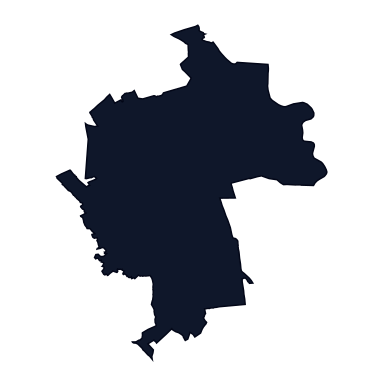 the district of Vanatori, Iasi, Romania, rotated 179°
{"feature_id": "2599482B62135446943489", "entity_name": "Vanatori", "entity_type": "district", "adm_level": 2, "iso_a3": "ROU", "parent_name": "Romania", "parent_adm1": "Iasi", "projection": "equal_earth", "projection_center": [26.772, 47.342], "detail": "fine", "context": "isolated", "style": "filled", "palette": "ink", "viewbox_px": 384, "rotation_deg": 179, "n_neighbors": 0, "source": "geoboundaries", "source_scale": "gbopen_adm2", "svg_char_len": 6011}
<svg xmlns="http://www.w3.org/2000/svg" viewBox="0 0 384 384"><g transform="rotate(179 192 192)"><path d="M297.3,262.3L297.0,259.3L294.8,246.6L298.4,207.4L297.4,207.2L293.5,208.1L292.6,208.0L290.2,209.1L289.3,209.2L287.2,207.2L288.2,206.4L291.7,204.9L294.6,203.9L295.8,203.2L294.2,200.5L295.6,200.1L297.5,199.0L304.9,205.6L307.1,208.2L307.5,209.4L308.8,210.0L308.9,210.3L308.8,210.7L309.5,211.1L310.9,212.6L312.9,215.4L313.3,215.5L313.6,216.0L322.3,212.3L327.2,209.8L326.8,209.1L326.6,208.1L321.4,203.0L321.3,202.5L321.6,202.0L321.3,201.6L319.8,200.7L319.5,200.3L319.5,200.0L315.6,195.8L315.6,195.7L313.4,194.7L312.2,193.5L310.5,190.8L309.7,190.5L308.8,189.2L308.0,188.7L307.4,187.6L304.5,185.1L303.8,183.5L302.9,183.4L301.7,182.8L301.5,181.0L303.3,179.9L303.6,179.5L303.5,179.0L301.7,176.8L300.6,176.5L300.1,175.8L300.0,174.2L299.4,173.4L298.5,172.8L300.9,171.4L303.8,170.1L303.7,169.6L303.1,169.2L301.7,168.3L300.9,165.3L300.8,163.9L299.6,160.7L298.1,158.7L297.5,157.3L294.4,157.1L292.9,154.9L289.9,152.0L292.8,151.3L292.8,150.8L291.9,148.5L290.5,147.5L287.8,148.0L287.3,146.2L287.9,144.9L287.2,144.6L286.9,142.6L286.5,141.8L286.6,141.1L285.9,139.3L286.1,138.2L287.1,137.4L287.7,137.2L287.9,136.6L287.2,136.8L284.9,137.2L282.8,138.1L281.0,137.6L278.9,135.0L278.9,134.7L279.5,133.4L280.6,133.4L280.4,132.7L280.5,132.1L278.5,131.8L280.6,129.7L282.1,129.0L282.8,129.1L283.8,129.0L285.0,129.4L286.9,131.4L289.2,131.1L290.6,128.2L289.4,126.8L288.6,127.3L287.2,127.5L285.6,125.0L283.9,125.3L284.1,123.7L281.7,122.9L281.5,122.4L281.5,122.0L282.3,120.4L282.8,119.5L283.1,119.3L281.6,118.7L281.3,118.3L281.3,117.1L282.4,115.4L283.4,114.4L281.7,111.3L280.5,110.6L279.4,111.5L278.1,110.5L278.0,110.1L277.5,110.2L275.2,112.3L273.2,113.7L272.7,114.4L268.5,112.9L268.2,113.1L267.6,114.2L268.2,115.2L267.8,116.3L266.5,115.9L265.0,116.1L264.0,115.7L263.3,115.8L263.4,115.5L263.0,115.0L261.1,114.1L262.2,112.3L262.5,111.6L262.4,111.1L261.7,110.7L260.9,111.5L258.5,109.6L258.7,109.2L258.4,108.7L257.4,108.6L256.7,107.7L255.0,107.5L254.1,108.3L253.7,106.5L251.6,107.3L250.7,106.4L247.0,109.8L245.4,108.8L243.3,109.1L242.9,108.7L241.0,109.0L239.8,108.8L235.3,109.2L233.7,106.6L233.1,104.8L232.3,100.6L232.7,97.7L232.6,95.8L232.8,94.9L232.6,94.3L232.3,94.2L232.4,93.5L232.6,93.0L232.5,91.7L232.8,90.3L232.6,88.7L233.2,84.7L233.7,83.6L234.5,80.3L232.7,77.0L231.7,74.6L231.8,74.0L232.0,73.7L231.5,70.0L230.4,67.8L231.2,65.4L231.1,62.2L230.2,60.0L230.1,59.0L231.5,58.2L238.2,55.4L244.0,52.1L244.1,51.8L244.0,49.6L244.5,46.7L246.5,45.0L247.8,44.7L250.6,43.1L254.2,43.1L254.0,42.7L252.7,42.0L251.3,42.0L249.7,41.4L248.8,40.9L244.6,36.7L243.6,34.8L242.4,33.9L239.0,30.0L237.1,28.5L234.7,25.4L234.9,26.7L235.0,28.6L233.9,31.8L233.4,34.8L238.8,40.9L232.7,44.6L232.3,44.0L230.8,42.8L230.1,41.6L220.3,50.3L214.6,55.7L214.3,55.0L212.8,53.9L210.7,52.6L207.8,51.6L204.8,49.6L203.4,48.2L202.9,46.4L201.8,45.3L201.7,45.1L202.0,44.7L201.3,43.7L198.8,45.0L196.4,51.7L193.4,49.6L191.7,47.0L185.9,50.8L184.3,54.6L183.0,56.8L181.2,59.0L180.9,59.6L180.3,59.9L180.1,60.7L179.7,61.4L181.3,63.2L182.9,66.1L182.1,66.9L181.4,69.2L180.6,70.1L181.5,75.0L180.4,75.0L178.1,75.4L176.8,75.2L175.1,75.8L172.6,75.7L171.6,76.2L170.2,76.2L166.8,76.8L140.8,78.7L141.2,84.1L141.9,88.9L142.1,92.3L143.4,101.4L143.4,104.3L142.8,104.4L141.8,105.0L140.0,105.0L138.5,103.2L137.9,101.8L137.5,101.2L136.6,100.6L136.2,99.7L132.8,99.9L134.3,102.4L136.3,104.9L141.2,109.6L143.1,111.1L144.1,112.4L144.5,114.8L144.8,119.2L145.6,125.0L146.1,131.3L146.5,133.4L146.8,133.4L146.7,135.0L147.0,137.0L146.8,137.9L147.0,139.0L147.1,142.1L147.5,142.9L148.7,144.2L149.4,144.7L151.7,145.2L152.4,146.7L153.0,148.8L154.3,155.7L154.8,157.2L156.8,163.3L158.5,167.4L160.5,173.6L162.2,178.0L163.0,181.0L164.4,185.4L148.8,185.3L151.0,192.6L151.7,195.8L152.5,198.4L152.8,199.8L152.6,200.1L152.3,200.3L133.9,204.8L133.7,204.3L133.3,204.4L126.4,206.2L121.9,207.0L121.4,206.6L114.7,204.1L106.8,202.8L103.5,199.8L100.4,197.8L96.8,197.9L88.7,197.3L83.5,197.3L82.9,197.0L70.4,196.4L68.9,198.9L66.9,200.9L64.8,202.3L59.6,205.2L58.7,206.1L57.3,207.9L56.8,209.6L57.4,211.9L58.9,215.1L60.8,218.1L62.2,219.6L69.3,223.7L70.4,225.8L70.8,227.6L70.8,228.8L68.9,235.5L68.9,237.1L69.2,238.0L69.8,238.9L72.0,240.0L78.8,240.8L80.1,241.6L80.7,243.0L80.9,244.7L80.2,249.1L80.4,252.1L81.2,256.8L81.1,257.4L80.5,258.7L79.7,259.9L77.2,261.6L71.8,263.0L69.7,264.8L69.1,265.8L68.9,266.7L68.8,268.9L70.5,272.7L71.5,274.1L75.2,277.7L78.4,279.2L79.8,279.6L89.0,278.3L96.3,275.8L97.5,275.6L99.3,275.8L101.6,276.6L104.1,277.8L110.2,282.2L112.3,284.6L114.2,292.5L114.6,296.7L114.3,299.2L113.9,309.6L113.6,311.9L113.5,314.4L113.8,318.2L144.6,320.8L145.9,319.5L147.0,319.2L148.5,319.3L150.3,319.9L154.9,323.9L157.0,326.1L160.3,329.9L162.4,332.6L163.6,334.9L168.3,341.5L170.1,340.6L172.2,341.6L174.9,342.1L179.0,343.7L179.4,344.6L179.0,344.8L178.6,345.6L177.5,345.9L177.0,346.5L177.4,347.7L178.0,348.0L178.1,348.5L177.2,349.3L176.2,349.7L177.4,350.0L177.6,350.2L178.0,351.1L180.8,352.3L181.9,353.2L182.1,353.7L182.0,354.4L182.0,355.8L182.4,357.3L183.3,358.6L185.7,357.4L196.8,354.4L206.7,351.2L210.0,349.7L207.1,347.8L202.4,345.5L200.2,344.2L197.1,342.1L195.9,340.8L193.6,339.7L193.3,339.1L193.2,333.6L193.0,332.0L193.2,330.5L193.1,327.2L193.6,326.6L201.0,320.2L201.3,319.7L199.4,314.7L196.8,312.3L190.9,306.0L191.4,304.7L195.4,298.0L218.8,291.6L219.1,290.9L220.6,289.1L224.0,288.3L225.0,288.4L225.5,287.9L226.1,287.7L226.9,288.5L227.7,288.6L228.0,288.9L228.4,288.9L239.6,285.9L244.5,286.7L248.0,294.4L250.0,292.8L254.4,291.9L255.7,292.0L256.1,291.7L257.2,291.7L259.3,289.7L259.8,289.5L260.7,288.1L260.6,287.5L259.6,285.4L259.4,283.8L259.8,283.4L260.3,283.4L260.7,283.8L261.4,285.3L267.7,282.2L270.7,287.7L272.6,291.0L275.5,288.4L277.9,285.7L284.6,280.4L288.2,277.1L290.0,275.7L291.5,274.4L291.8,274.1L291.8,273.6L292.7,273.5L292.7,273.0L291.3,270.8L290.4,269.1L290.3,268.3L289.3,267.4L289.2,266.0L288.9,265.5L285.1,259.6L288.2,259.1L294.5,260.6L296.1,261.3L297.3,262.3Z" fill="#0f172a" stroke="#020617" stroke-width="1.5"/></g></svg>